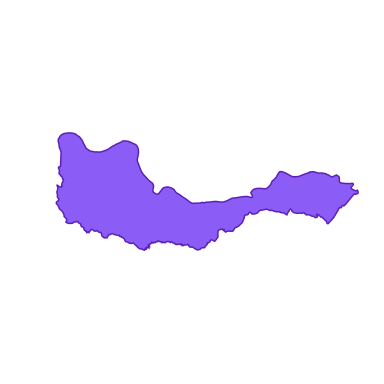 Magangué, Bolívar, Colombia (Natural Earth projection), rotated 302°
{"feature_id": "7082276B80599061362425", "entity_name": "Magangué", "entity_type": "district", "adm_level": 2, "iso_a3": "COL", "parent_name": "Colombia", "parent_adm1": "Bolívar", "projection": "natural_earth1", "projection_center": [-74.76, 9.142], "detail": "fine", "context": "isolated", "style": "filled", "palette": "violet", "viewbox_px": 384, "rotation_deg": 302, "n_neighbors": 0, "source": "geoboundaries", "source_scale": "gbopen_adm2", "svg_char_len": 6086}
<svg xmlns="http://www.w3.org/2000/svg" viewBox="0 0 384 384"><g transform="rotate(302 192 192)"><path d="M281.2,331.4L280.0,330.5L279.6,329.5L279.3,327.6L279.4,325.3L279.8,324.7L280.5,324.4L282.5,324.9L283.9,324.8L284.2,324.6L284.5,324.0L284.2,323.1L283.0,321.8L280.3,317.2L278.9,314.4L278.4,312.7L278.5,312.3L279.3,311.0L281.1,310.2L282.9,308.5L283.0,305.5L278.9,302.8L278.7,301.3L278.8,298.9L278.4,297.1L278.4,295.8L277.1,292.5L275.0,289.2L273.9,285.2L273.2,283.7L271.5,281.4L271.3,281.7L267.1,278.2L261.9,274.4L261.1,273.5L259.7,271.4L259.5,271.5L258.1,268.5L257.7,261.4L257.2,258.4L256.3,256.3L255.5,255.6L254.5,255.3L249.0,255.6L246.5,255.1L243.7,254.2L239.8,254.8L236.2,254.0L233.8,252.9L230.7,246.9L229.4,245.2L227.4,243.2L225.1,242.3L222.7,242.3L221.9,243.1L220.9,245.0L220.1,245.7L219.5,245.9L219.0,245.7L217.3,240.9L215.0,237.6L209.3,231.1L208.2,229.4L203.2,226.4L200.2,224.0L198.5,221.4L197.0,217.9L195.6,215.7L193.1,212.7L190.6,209.1L190.2,209.0L189.1,207.7L188.7,206.3L186.8,204.6L182.5,198.1L182.3,195.8L182.9,190.2L182.8,187.5L183.2,182.5L183.0,180.0L183.4,177.9L184.5,175.6L184.6,174.8L184.6,173.2L184.1,170.5L183.1,168.2L180.7,165.7L179.1,165.2L173.5,164.7L171.8,163.9L171.2,162.3L171.3,159.5L172.3,158.2L173.2,157.6L175.8,156.8L176.8,156.2L177.9,155.1L178.5,153.7L178.9,149.5L181.1,141.5L182.1,139.0L183.6,136.7L187.1,132.1L188.8,129.8L190.2,128.5L194.4,126.9L197.3,125.6L200.2,123.5L202.2,120.4L202.3,118.5L201.3,111.4L200.1,108.6L198.8,106.6L198.2,106.1L196.6,105.4L192.6,102.6L189.9,101.2L188.6,100.3L183.1,97.9L177.5,93.4L174.1,87.7L173.9,86.4L173.0,85.0L172.8,83.9L172.8,80.3L173.0,79.1L173.8,77.4L174.6,76.4L175.9,74.0L177.6,71.5L179.2,67.2L179.1,65.5L179.4,62.7L179.2,61.3L178.1,58.3L176.3,55.5L174.0,52.7L172.0,51.3L169.8,50.6L166.5,50.6L165.4,50.9L164.0,51.8L161.3,54.5L159.6,55.7L157.6,58.6L156.1,60.1L144.3,66.8L143.6,66.8L143.3,66.2L142.7,65.8L141.9,65.8L141.2,66.4L140.2,68.1L139.5,68.5L138.6,68.7L137.4,69.4L137.0,69.8L136.6,71.4L136.1,72.1L136.2,72.5L136.2,73.2L135.5,74.4L135.0,74.7L135.0,75.2L134.4,75.5L134.2,76.4L133.9,76.8L132.3,76.7L131.8,77.0L129.8,77.3L129.1,77.8L128.7,77.8L127.7,78.9L126.4,77.8L126.3,74.1L125.7,74.4L125.0,75.7L122.2,77.0L120.8,77.2L120.0,77.9L119.6,78.0L118.1,79.8L117.0,79.9L115.9,81.4L115.4,82.9L114.9,82.9L114.6,83.3L113.9,83.3L112.3,82.5L111.6,82.4L110.5,82.9L110.1,83.5L110.2,84.4L109.8,84.7L109.0,86.7L107.4,88.4L107.1,91.2L106.2,93.5L104.8,95.6L103.4,96.6L102.7,99.9L101.1,100.9L100.1,100.9L99.5,101.3L99.9,103.9L101.8,106.8L102.2,107.2L103.8,107.8L105.3,109.6L106.1,110.0L106.0,110.5L106.2,111.4L105.7,112.0L105.8,113.6L105.7,114.8L104.5,115.8L104.0,116.8L104.4,117.7L104.5,118.6L102.5,121.0L102.8,122.0L102.4,122.6L102.6,123.1L101.7,124.3L103.0,124.8L102.9,125.1L103.3,125.3L103.0,126.1L103.9,126.0L105.6,126.4L106.4,126.1L106.7,126.2L107.4,127.8L107.1,129.8L107.8,131.1L108.8,131.7L108.7,132.7L108.9,132.8L108.5,134.6L109.5,136.3L107.0,139.0L106.6,140.9L106.6,141.5L106.9,141.7L106.8,142.3L108.2,144.3L109.4,144.0L109.9,144.2L110.8,144.0L111.9,144.4L112.3,145.1L113.3,145.5L114.6,146.7L114.8,147.7L114.6,148.3L114.8,148.6L114.9,149.2L115.2,149.7L115.9,152.2L116.8,153.4L116.5,153.9L116.1,154.1L116.2,154.7L116.4,154.7L116.7,155.3L116.4,155.6L116.5,156.3L116.3,156.5L116.6,157.6L116.3,159.6L115.1,161.1L114.8,162.1L115.4,164.0L115.4,166.1L115.8,166.6L116.0,167.6L117.3,168.7L117.7,169.4L117.1,171.9L117.2,172.7L116.9,173.0L117.0,173.4L116.3,175.2L116.4,175.7L116.1,176.9L116.2,178.0L117.2,180.2L117.1,180.9L117.4,182.4L118.6,182.3L118.7,183.2L119.2,183.5L120.0,183.5L120.1,183.3L120.2,183.5L120.2,183.0L120.5,183.1L120.5,182.8L121.1,182.9L121.1,183.7L121.5,184.4L121.8,184.3L122.2,184.6L122.1,184.9L122.7,184.5L122.7,184.2L123.2,183.6L123.2,184.0L123.7,183.7L123.7,184.1L124.0,183.6L124.5,183.8L124.4,183.5L125.9,183.8L126.7,184.6L127.3,184.7L127.6,185.2L128.0,185.3L128.2,185.1L128.2,186.0L128.8,186.2L129.0,186.8L129.4,186.8L129.6,187.7L130.4,187.8L131.3,188.5L131.3,188.8L132.4,189.0L132.2,189.3L132.8,189.9L132.6,190.6L133.3,191.9L133.4,192.4L133.2,192.6L133.5,192.8L133.2,193.2L133.5,193.4L133.5,194.1L134.1,194.2L134.5,194.9L134.6,196.0L136.8,197.0L137.8,199.3L137.7,200.2L138.0,200.1L138.2,200.5L138.7,200.7L138.9,202.0L138.7,202.6L139.0,203.1L138.9,203.6L139.3,204.4L139.0,204.9L138.9,205.8L139.3,206.8L139.8,207.1L139.9,207.6L140.8,208.3L141.0,209.2L141.4,209.6L141.4,210.0L141.8,210.0L141.6,210.8L141.8,211.2L142.2,211.1L142.3,211.7L141.5,211.9L141.9,212.4L141.7,212.8L143.2,213.9L144.6,215.8L145.3,216.2L145.3,216.7L144.3,218.4L144.2,219.4L145.3,221.3L145.6,222.2L145.4,225.2L145.9,226.3L145.6,227.0L145.8,227.4L147.6,229.2L150.0,229.9L151.2,232.0L151.9,232.3L152.3,232.0L153.3,232.0L154.1,232.4L156.2,232.6L156.9,232.0L157.2,232.1L157.8,233.0L159.5,233.6L160.3,233.3L161.7,233.6L162.1,235.2L162.1,237.0L162.4,237.4L163.1,237.6L166.9,237.8L167.9,237.7L170.4,236.0L173.1,234.6L175.0,235.6L176.8,237.6L176.2,238.2L176.1,239.0L176.8,239.4L176.3,239.6L176.0,240.0L175.8,241.7L177.9,243.1L180.1,247.2L181.5,247.5L184.1,247.4L187.8,249.6L192.1,250.7L194.0,250.7L197.6,250.0L200.1,249.1L201.0,249.7L202.1,251.2L203.2,251.5L204.9,251.3L205.7,252.0L205.2,254.5L205.3,255.0L206.7,256.9L208.9,258.6L212.1,259.1L215.8,263.2L217.0,264.2L217.6,267.8L218.3,268.9L218.9,269.4L219.1,271.3L220.0,274.2L221.3,276.0L221.6,278.2L222.9,280.9L222.8,282.4L222.9,284.6L225.9,284.2L226.9,284.5L229.2,284.1L229.9,285.1L229.6,285.9L228.6,287.1L228.5,289.5L229.6,292.5L231.7,295.2L232.1,296.6L233.8,297.6L233.1,300.9L234.1,302.3L234.8,303.7L235.0,306.4L235.8,308.0L235.6,309.4L235.7,310.4L236.6,311.3L237.6,311.6L238.0,311.3L238.3,309.9L239.2,309.7L239.6,310.2L239.7,311.3L239.1,314.7L239.6,315.3L239.2,316.5L239.1,318.0L238.5,320.3L238.6,321.1L237.0,323.1L237.0,323.7L237.3,324.2L245.1,325.7L254.9,325.5L255.9,325.0L256.7,325.3L256.8,325.8L257.6,326.4L257.7,326.8L258.3,326.9L259.1,326.4L259.9,326.6L260.4,327.2L260.7,328.0L260.8,328.0L260.9,327.7L260.8,328.1L261.5,328.1L262.2,328.7L276.2,330.5L276.6,331.9L277.6,332.5L278.5,333.4L279.4,333.3L280.4,332.4L281.2,331.4Z" fill="#8b5cf6" stroke="#5b21b6" stroke-width="1.5"/></g></svg>